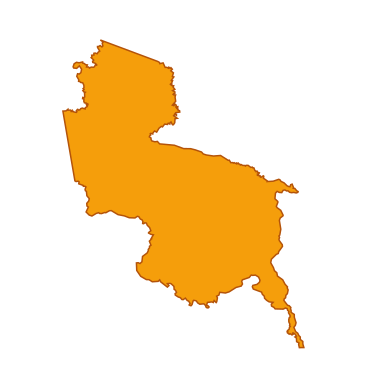 the district of Barbacoas, Nariño, Colombia, rotated 103°
{"feature_id": "7082276B69446102501587", "entity_name": "Barbacoas", "entity_type": "district", "adm_level": 2, "iso_a3": "COL", "parent_name": "Colombia", "parent_adm1": "Nariño", "projection": "robinson", "projection_center": [-78.08, 1.496], "detail": "fine", "context": "isolated", "style": "filled", "palette": "amber", "viewbox_px": 384, "rotation_deg": 103, "n_neighbors": 0, "source": "geoboundaries", "source_scale": "gbopen_adm2", "svg_char_len": 5977}
<svg xmlns="http://www.w3.org/2000/svg" viewBox="0 0 384 384"><g transform="rotate(103 192 192)"><path d="M293.4,143.2L289.4,143.4L288.0,144.6L286.4,142.6L283.5,142.4L282.9,136.7L280.9,133.3L275.1,127.6L272.6,122.9L270.3,122.1L267.8,123.5L266.2,123.1L262.4,117.0L259.6,115.6L259.6,114.1L258.7,111.5L259.9,108.0L262.7,105.9L264.8,106.0L267.4,107.9L269.3,111.7L270.8,111.9L272.8,110.4L273.9,101.7L275.8,100.5L277.3,98.1L279.2,97.4L280.7,95.0L281.7,92.2L281.3,88.2L283.5,89.5L285.3,88.8L286.0,86.2L287.2,84.7L285.6,76.8L284.0,74.8L284.2,73.0L285.8,72.2L286.5,70.8L288.0,70.8L290.2,68.7L291.6,68.3L292.6,69.0L294.6,69.0L296.8,68.4L298.8,66.9L300.2,66.9L300.9,66.0L301.8,66.6L303.8,66.5L305.6,67.8L306.6,67.9L306.8,67.1L307.7,67.4L308.7,65.3L308.0,64.6L308.8,62.4L307.7,61.3L307.1,62.2L306.6,62.0L306.6,61.3L307.1,61.1L306.9,60.2L308.9,57.8L310.1,59.1L310.8,57.4L314.3,56.4L315.0,53.8L316.6,53.8L319.5,52.4L318.4,48.0L315.2,49.8L312.7,50.4L311.3,53.3L308.9,53.9L307.8,55.6L305.8,57.2L304.7,59.6L300.9,62.3L298.7,61.3L296.0,61.2L291.1,64.1L288.3,64.8L287.0,68.3L284.8,68.9L283.9,69.7L282.3,69.7L280.9,71.8L280.9,73.4L277.0,78.1L275.4,78.1L274.0,77.0L271.6,77.3L269.6,76.2L265.8,76.3L264.0,77.7L263.0,77.6L260.9,80.6L257.1,83.9L254.7,89.8L251.6,91.2L250.1,94.0L247.4,95.6L243.2,99.4L239.6,99.5L233.8,95.8L232.5,94.1L230.6,94.1L224.7,91.6L223.0,92.2L219.8,95.9L218.4,96.7L216.8,96.4L215.3,97.4L214.3,96.8L208.3,97.1L200.0,100.5L197.5,100.2L194.8,98.0L194.1,98.0L189.9,101.4L188.1,105.6L187.0,106.6L182.8,106.0L181.9,106.3L179.9,109.7L174.3,110.4L172.2,109.2L172.8,106.9L172.4,104.4L169.9,103.6L169.1,102.0L169.7,100.1L169.3,98.8L170.3,96.8L170.3,94.9L169.5,92.7L169.5,90.3L168.6,88.8L167.7,88.7L167.2,90.3L165.4,92.6L165.6,94.2L164.8,94.1L161.8,96.2L162.7,97.5L164.8,97.7L164.9,99.0L164.6,100.7L162.4,104.3L161.6,107.7L160.3,109.1L160.1,110.3L163.2,115.3L164.9,121.1L164.3,121.0L162.5,125.5L160.5,125.6L160.2,126.2L162.2,128.1L161.8,129.1L161.0,129.1L161.0,132.0L159.8,132.3L159.7,131.1L158.2,130.7L158.0,132.5L157.1,133.1L157.6,134.1L157.2,134.1L157.0,135.5L154.6,137.1L154.7,138.4L154.2,138.8L154.8,140.2L153.4,143.4L153.9,145.3L154.7,145.8L154.3,146.5L154.7,148.6L154.2,150.2L154.8,151.0L154.1,151.7L154.1,153.3L153.5,153.5L154.4,154.8L153.7,155.1L154.4,156.2L153.9,157.6L154.5,158.1L154.2,159.2L154.7,160.8L152.6,162.8L153.0,163.9L150.0,172.4L152.1,179.1L152.7,186.3L152.4,189.6L150.9,191.7L150.2,198.3L150.1,203.0L151.6,209.9L150.4,219.7L152.4,234.4L150.5,237.1L151.4,239.4L151.3,242.5L150.1,243.7L148.6,244.1L147.9,246.0L146.6,245.8L145.9,245.1L144.6,245.8L144.1,245.3L144.3,243.3L143.3,243.4L141.0,242.2L141.6,239.9L137.3,238.5L135.0,236.7L135.2,235.4L132.0,233.9L131.7,231.0L130.6,230.9L130.3,230.3L130.8,228.9L129.2,228.9L128.5,228.2L130.7,226.3L130.9,225.7L130.5,225.2L128.4,224.4L124.4,225.0L123.5,222.9L121.8,227.0L120.3,226.1L120.8,224.4L119.9,224.6L119.8,226.3L118.3,225.6L116.9,221.9L115.7,222.3L115.1,224.4L114.3,224.3L113.9,225.8L113.3,225.9L112.6,224.9L112.0,225.0L112.7,226.8L111.0,226.8L110.2,228.3L112.0,229.1L111.8,230.7L107.3,228.3L103.2,229.9L101.1,229.8L101.5,231.6L101.1,232.4L100.0,231.8L99.7,230.9L98.3,231.2L97.6,233.7L95.8,231.8L94.2,233.9L92.6,233.8L93.0,234.9L92.0,237.3L91.5,237.2L91.5,235.9L90.2,236.3L88.0,236.0L88.3,236.8L87.9,237.3L84.0,235.6L83.9,237.1L80.1,236.9L78.7,239.9L76.8,238.8L75.6,240.5L76.5,241.1L75.6,242.6L76.7,242.8L76.2,244.6L76.6,246.2L72.7,249.2L74.2,252.2L73.1,252.8L72.5,254.7L64.5,315.5L65.9,312.2L67.2,313.0L69.7,311.7L70.9,312.4L70.0,314.5L71.1,315.6L71.5,316.8L72.5,316.5L75.5,313.6L76.9,314.9L78.6,315.5L78.4,317.6L78.9,318.8L80.6,318.4L81.3,320.5L82.8,319.9L83.8,320.5L85.4,317.6L86.1,317.4L86.9,318.3L88.1,317.8L88.3,315.6L89.3,313.6L89.9,313.5L90.0,314.8L91.8,315.2L92.6,316.0L93.0,318.4L94.3,319.8L93.5,320.9L93.9,322.9L91.7,322.6L91.9,324.1L91.0,326.1L91.0,327.4L89.9,327.8L91.5,331.1L91.6,333.7L93.6,335.7L96.8,336.0L97.8,335.2L97.5,332.2L94.4,330.1L97.2,327.2L100.7,327.1L102.4,328.4L102.5,330.1L105.2,330.3L108.1,327.6L109.7,327.4L109.6,326.2L110.3,325.2L110.2,323.0L112.3,321.4L114.7,320.7L115.7,321.4L116.5,320.2L117.7,321.2L118.7,320.1L118.8,318.4L119.7,319.0L123.5,317.9L124.4,318.6L124.4,319.7L125.7,319.6L125.7,318.2L128.0,317.8L129.3,316.9L129.1,315.3L129.8,313.1L130.8,313.2L130.6,314.5L132.3,313.3L133.8,314.9L135.1,314.8L134.9,317.8L135.8,319.2L137.1,319.7L137.7,321.0L137.1,321.9L137.4,322.3L138.9,323.0L139.7,322.2L140.5,322.6L140.6,325.1L140.1,325.6L140.5,326.7L139.5,327.1L140.6,327.9L139.5,328.7L140.2,331.2L139.3,331.5L141.3,333.0L142.2,336.0L207.5,308.6L207.9,307.3L207.1,305.4L207.5,304.3L209.5,304.2L210.1,299.3L210.9,299.1L210.5,297.6L210.9,296.5L213.4,296.8L214.7,296.2L215.2,295.0L219.3,293.6L221.6,290.6L224.0,290.6L226.7,292.0L229.3,291.2L230.0,289.6L235.3,290.7L237.6,287.0L237.9,284.1L234.4,280.5L233.1,278.2L233.7,277.4L233.4,275.3L231.7,272.6L231.6,271.3L228.8,268.2L228.3,266.4L230.7,259.0L230.5,252.5L231.2,247.4L230.1,241.7L228.0,239.8L228.0,238.3L230.0,236.2L230.3,234.5L231.8,233.2L233.8,233.0L233.8,232.0L232.6,231.0L232.6,229.4L234.6,228.0L236.2,225.3L239.0,223.4L241.3,225.2L241.8,225.1L242.5,222.4L242.4,220.0L245.8,221.1L246.6,220.8L247.0,221.5L247.7,221.4L249.5,222.5L253.1,220.0L254.4,221.2L256.1,220.9L257.7,221.7L259.2,221.4L261.5,222.0L265.9,225.7L271.3,225.1L273.4,226.6L273.0,228.5L273.6,230.2L280.9,228.2L285.7,223.0L287.6,216.8L287.1,214.1L288.4,210.5L286.7,204.9L284.9,203.7L286.5,202.5L290.2,194.6L288.4,193.4L286.8,195.4L286.0,193.0L286.1,191.7L288.0,188.4L290.9,187.5L291.4,186.1L292.9,184.8L293.5,184.5L294.8,185.6L296.2,185.1L297.4,181.8L297.6,179.5L299.0,177.8L298.9,176.4L296.9,174.6L298.8,172.3L299.1,170.7L301.0,168.8L302.7,169.4L303.1,168.0L302.9,167.2L301.6,166.6L297.8,166.4L297.1,165.9L297.1,163.4L298.8,161.5L299.6,159.2L298.3,155.3L299.4,153.5L301.2,152.2L301.5,151.1L301.1,149.9L300.2,149.5L299.4,150.5L298.8,152.4L296.1,152.1L294.6,147.8L294.9,146.4L292.8,146.0L294.3,143.6L293.4,143.2Z" fill="#f59e0b" stroke="#b45309" stroke-width="1.5"/></g></svg>